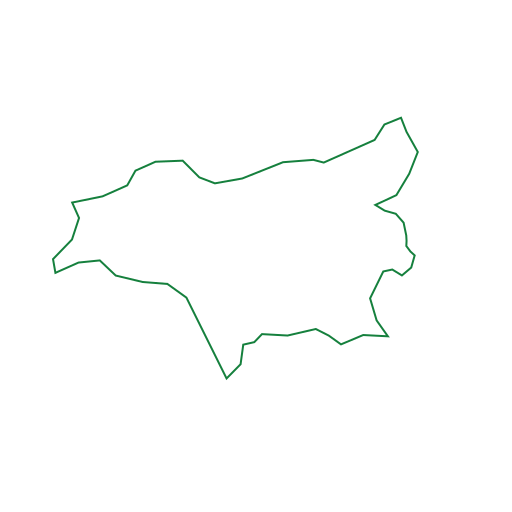 the border of Alebtong, rotated 336°
{"feature_id": "UGA-5606", "entity_name": "Alebtong", "entity_type": "District", "adm_level": 1, "iso_a3": "UGA", "parent_name": "Uganda", "parent_adm1": "", "projection": "mercator", "projection_center": [33.268, 2.239], "detail": "fine", "context": "isolated", "style": "outline", "palette": "green", "viewbox_px": 512, "rotation_deg": 336, "n_neighbors": 0, "source": "natural_earth", "source_scale": "10m", "svg_char_len": 834}
<svg xmlns="http://www.w3.org/2000/svg" viewBox="0 0 512 512"><g transform="rotate(336 256 256)"><path d="M343.8,383.0L321.8,371.8L297.7,371.3L290.1,358.3L280.9,347.0L252.5,341.5L229.7,329.8L219.4,334.0L208.3,331.8L197.9,348.6L179.3,355.9L175.5,265.7L163.7,245.5L141.8,233.6L119.9,216.8L111.5,196.5L91.2,189.8L65.9,189.8L69.3,176.3L94.6,166.1L109.8,149.3L109.8,132.4L140.1,139.1L167.1,139.1L180.6,129.0L202.5,129.0L227.8,139.1L236.2,161.1L248.0,172.9L275.0,179.6L318.8,181.3L347.5,191.5L355.9,198.2L411.6,198.2L426.8,188.1L444.7,188.7L444.0,203.8L446.1,226.8L429.4,243.2L409.0,257.5L385.8,257.9L392.0,266.9L400.9,274.3L404.4,285.6L401.6,298.4L399.7,303.4L397.4,308.0L398.9,314.7L401.2,320.0L393.1,329.7L381.4,333.1L375.0,323.8L366.0,321.9L343.0,341.1L340.0,363.9L343.8,383.0Z" fill="none" stroke="#15803d" stroke-width="2"/></g></svg>